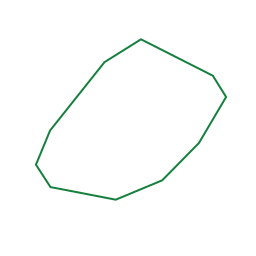 Ndian, Cameroon (Equal Earth projection), rotated 223°
{"feature_id": "32672807B79900399400197", "entity_name": "Ndian", "entity_type": "district", "adm_level": 2, "iso_a3": "CMR", "parent_name": "Cameroon", "parent_adm1": "", "projection": "equal_earth", "projection_center": [8.535, 4.676], "detail": "fine", "context": "isolated", "style": "outline", "palette": "green", "viewbox_px": 256, "rotation_deg": 223, "n_neighbors": 0, "source": "geoboundaries", "source_scale": "gbopen_adm2", "svg_char_len": 289}
<svg xmlns="http://www.w3.org/2000/svg" viewBox="0 0 256 256"><g transform="rotate(223 128 128)"><path d="M77.4,217.6L101.6,224.1L179.0,201.7L190.1,160.2L183.3,73.1L170.3,38.4L144.4,31.9L88.1,67.2L67.3,113.1L65.9,165.4L77.4,217.6Z" fill="none" stroke="#15803d" stroke-width="2"/></g></svg>